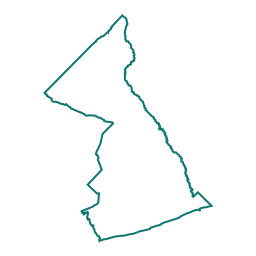 Necochea, Buenos Aires, Argentina
{"feature_id": "61730980B86190537601519", "entity_name": "Necochea", "entity_type": "district", "adm_level": 2, "iso_a3": "ARG", "parent_name": "Argentina", "parent_adm1": "Buenos Aires", "projection": "orthographic", "projection_center": [-59.026, -38.176], "detail": "fine", "context": "isolated", "style": "outline", "palette": "teal", "viewbox_px": 256, "rotation_deg": 0, "n_neighbors": 0, "source": "geoboundaries", "source_scale": "gbopen_adm2", "svg_char_len": 5815}
<svg xmlns="http://www.w3.org/2000/svg" viewBox="0 0 256 256"><path d="M134.1,57.6L134.1,56.6L133.7,55.9L134.4,55.3L134.2,54.6L134.3,54.0L134.2,53.3L133.2,52.5L133.6,51.6L133.4,50.3L132.7,49.8L132.4,49.1L131.3,48.1L131.2,47.1L130.9,46.7L131.0,46.0L131.2,45.6L130.7,44.8L130.4,43.8L129.3,43.2L128.7,42.3L128.6,41.7L128.2,41.3L126.6,41.5L126.3,41.2L126.4,40.8L126.2,40.1L125.4,39.6L125.2,38.0L125.6,37.2L125.2,36.2L125.4,35.5L125.0,35.1L124.9,32.8L124.6,32.3L124.9,31.7L124.9,30.9L125.6,29.2L126.0,26.7L126.6,25.8L126.8,25.0L127.4,24.2L127.4,23.7L126.8,22.0L126.6,19.8L126.2,19.2L126.0,18.5L125.1,17.5L123.6,16.8L122.3,15.4L111.3,27.1L111.2,27.5L111.5,27.8L111.3,28.0L111.2,28.8L109.5,30.0L109.4,30.6L108.5,31.2L108.4,31.7L108.1,31.8L108.1,32.4L107.9,32.2L106.6,32.9L105.2,34.4L103.0,36.3L101.4,36.5L100.7,37.0L100.1,37.8L97.6,39.1L97.1,39.8L96.4,40.3L96.1,40.8L96.0,41.3L95.4,42.0L94.5,42.4L93.9,43.2L92.9,43.9L44.5,92.9L45.3,93.7L46.7,94.5L46.6,95.2L46.9,95.9L47.5,96.0L48.8,97.3L49.7,97.4L51.6,98.6L51.3,99.3L51.8,100.0L51.9,100.9L53.1,101.7L54.5,101.9L55.1,101.7L55.8,101.7L56.2,102.0L58.1,102.4L59.3,103.3L60.1,103.3L61.7,104.0L62.8,103.9L63.6,104.5L64.2,104.5L64.9,104.9L65.2,104.9L65.6,104.3L66.4,104.2L68.4,106.4L70.2,107.2L71.0,108.5L71.4,108.8L72.8,109.0L73.4,109.5L75.7,110.3L77.1,111.2L79.7,112.0L80.5,112.6L81.4,112.5L82.2,113.0L82.3,113.3L84.1,114.1L85.7,115.2L85.8,115.5L87.2,115.7L90.4,115.2L93.4,115.7L94.4,115.5L95.7,115.7L96.0,116.3L96.9,116.8L99.3,117.9L100.2,117.8L101.5,118.4L102.3,119.2L103.7,119.8L104.0,120.0L104.2,121.1L104.6,121.3L105.4,121.3L108.5,122.0L109.4,121.9L110.1,122.2L112.1,122.2L113.0,123.5L102.6,133.9L100.3,144.0L98.7,147.2L98.4,148.5L97.2,150.2L96.5,151.8L96.5,152.8L95.8,153.7L96.5,154.9L96.7,154.7L97.2,155.0L97.8,155.9L97.8,156.2L98.5,157.2L98.6,157.8L97.8,159.5L97.9,160.3L99.0,162.3L99.2,163.3L99.9,164.4L101.1,168.2L101.7,169.8L87.7,184.7L97.0,193.5L99.0,193.4L98.3,202.4L97.9,203.2L97.4,203.7L92.0,207.0L81.6,211.2L81.7,211.5L82.6,212.0L82.6,213.0L83.9,213.0L83.8,214.3L84.6,214.1L84.5,213.2L85.1,213.0L85.3,212.5L86.5,213.0L86.7,212.6L87.4,212.1L87.5,212.8L88.0,212.9L88.1,213.5L87.9,213.7L87.6,216.0L87.3,216.4L87.3,216.9L87.0,217.4L87.0,217.8L87.5,218.6L88.0,218.9L88.0,219.3L89.1,218.9L89.4,219.5L89.2,220.1L89.6,220.7L89.7,221.4L90.3,222.8L90.1,223.2L90.9,224.6L91.3,224.9L91.7,225.5L92.0,225.3L93.3,225.3L93.4,225.6L93.1,225.9L93.2,227.1L93.7,228.7L94.3,229.2L94.6,230.3L94.5,230.8L95.0,232.3L96.6,234.0L97.0,235.2L97.6,235.9L99.0,236.3L99.0,237.0L99.8,237.5L100.0,238.3L99.5,239.6L99.2,239.9L99.3,240.3L99.4,240.1L100.6,240.6L103.6,239.4L106.0,239.1L114.9,236.6L120.6,235.9L123.0,235.7L126.3,235.2L128.4,234.5L133.9,233.6L139.6,231.4L146.4,229.9L148.6,229.2L149.8,229.1L150.1,228.3L150.8,227.7L156.8,225.7L160.2,225.0L160.8,224.2L164.0,222.6L178.8,217.9L180.1,216.7L183.2,215.1L185.9,213.8L189.0,212.8L193.4,210.8L196.0,210.0L198.5,209.6L199.2,210.1L200.5,211.0L200.0,210.4L199.3,210.1L199.6,209.1L200.3,208.4L203.9,207.4L205.8,207.3L211.5,205.8L197.8,192.3L193.3,196.8L192.6,196.5L192.5,195.9L193.5,195.0L192.7,194.4L192.8,193.7L192.4,193.1L192.3,192.5L191.7,192.4L191.2,191.9L191.1,191.3L190.8,190.9L190.9,190.7L191.9,190.5L192.5,189.9L192.6,189.4L191.9,189.1L191.3,188.4L190.6,188.4L189.9,187.6L190.3,186.4L189.4,185.3L189.9,184.0L189.1,183.1L189.3,182.8L189.2,182.6L188.3,182.3L188.1,181.9L188.2,181.3L187.9,180.7L187.3,180.4L187.5,179.6L188.2,179.3L187.8,178.3L186.9,177.7L186.9,177.4L187.3,177.0L187.3,176.3L186.3,175.6L185.9,175.6L186.2,174.3L185.4,173.8L185.2,173.4L185.4,172.3L185.6,172.1L185.6,171.3L186.2,171.0L185.6,170.0L185.6,169.8L186.1,169.2L186.0,168.6L185.2,168.0L185.2,167.3L184.6,166.6L184.8,166.0L184.7,165.8L184.2,165.6L183.7,164.7L183.3,163.5L182.9,163.2L183.0,162.2L181.7,161.1L181.3,161.2L181.4,159.5L181.9,158.9L181.0,158.3L180.8,157.7L180.9,157.1L180.8,156.9L179.7,156.5L179.1,155.0L177.7,154.2L176.5,152.7L175.8,152.4L174.3,152.5L173.5,151.7L172.9,151.6L172.7,151.3L172.2,150.3L172.2,149.3L170.7,148.2L171.1,146.7L170.0,146.2L169.4,145.3L168.7,144.9L167.5,143.1L167.0,142.9L166.4,141.9L166.6,141.1L167.4,141.0L167.4,140.7L166.7,140.3L167.2,139.3L167.1,139.1L166.4,138.9L166.4,137.9L166.7,137.8L166.6,137.3L165.9,136.7L165.8,136.4L166.0,135.9L165.6,135.5L165.2,135.4L165.2,134.7L164.8,134.3L165.3,133.1L164.2,132.6L164.0,132.3L164.3,132.1L164.4,131.5L164.3,131.3L163.1,130.3L162.6,130.4L161.8,130.0L161.7,129.7L161.9,129.4L161.3,129.6L160.9,128.8L160.8,129.0L159.4,129.3L159.4,128.7L159.2,128.3L159.7,127.7L159.5,126.8L159.7,126.6L159.3,126.1L159.3,125.8L159.5,125.6L159.0,125.5L159.0,123.8L158.3,123.6L158.6,123.4L158.5,123.2L158.0,123.3L156.6,122.5L156.4,121.6L155.3,121.1L155.2,119.6L154.0,118.9L153.6,118.2L153.8,117.6L153.3,116.8L153.1,116.9L151.3,115.9L150.9,115.0L149.8,114.4L149.3,113.5L147.6,112.1L146.4,110.2L145.6,110.1L145.7,108.6L145.2,108.0L144.6,107.9L144.4,107.5L144.4,106.2L144.5,105.7L143.8,105.0L143.6,103.8L143.2,103.3L143.1,102.0L141.8,101.0L141.6,100.6L141.0,100.0L141.0,99.7L140.2,99.2L139.7,98.6L139.5,97.8L139.2,97.3L139.3,96.7L138.3,96.5L137.6,95.4L136.5,95.5L135.8,94.6L134.4,94.2L133.7,93.2L133.8,92.3L132.9,92.2L132.5,91.7L131.8,91.6L131.8,90.4L131.9,90.1L131.6,88.9L131.7,88.3L131.5,87.3L130.7,86.0L130.2,85.8L129.7,85.3L128.8,85.5L128.1,84.7L128.0,83.7L127.2,82.9L126.9,81.3L125.4,80.5L125.0,79.7L124.9,78.7L125.0,77.3L124.8,76.5L125.2,75.7L124.9,75.4L124.9,74.6L125.3,74.1L125.3,73.6L124.8,73.0L125.5,72.3L125.2,71.6L125.4,71.1L125.0,69.8L125.3,69.0L125.6,68.8L125.6,68.3L125.9,67.8L126.7,67.5L126.7,67.1L127.2,66.5L127.6,66.6L127.7,65.9L127.9,65.5L128.5,65.4L129.4,64.8L130.1,64.9L130.9,64.3L130.8,63.6L131.2,62.9L131.3,62.4L131.1,62.0L132.2,61.5L132.7,61.5L133.0,61.0L133.5,61.1L134.3,60.2L134.0,59.3L134.5,58.8L134.6,58.4L134.5,57.9L134.1,57.6Z" fill="none" stroke="#0f766e" stroke-width="2"/></svg>